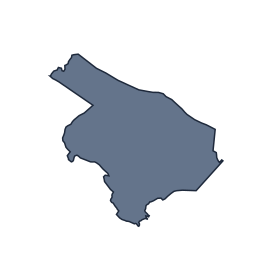 outline of Kota Setar, Kedah, Malaysia, rotated 140°
{"feature_id": "92858781B49320909792008", "entity_name": "Kota Setar", "entity_type": "district", "adm_level": 2, "iso_a3": "MYS", "parent_name": "Malaysia", "parent_adm1": "Kedah", "projection": "natural_earth1", "projection_center": [100.406, 6.1], "detail": "fine", "context": "isolated", "style": "filled", "palette": "slate", "viewbox_px": 256, "rotation_deg": 140, "n_neighbors": 0, "source": "geoboundaries", "source_scale": "gbopen_adm2", "svg_char_len": 2122}
<svg xmlns="http://www.w3.org/2000/svg" viewBox="0 0 256 256"><g transform="rotate(140 128 128)"><path d="M154.4,217.9L153.9,214.3L152.6,211.4L151.2,207.5L150.5,204.9L140.2,167.9L151.9,167.6L157.5,168.9L164.0,168.9L166.3,168.6L169.4,167.6L172.6,168.4L174.8,168.6L177.1,167.4L179.8,165.0L182.0,163.7L184.5,162.4L186.1,160.1L186.1,157.5L187.9,153.1L187.9,150.5L187.6,146.9L192.3,145.8L193.5,142.2L193.9,142.0L193.2,138.5L191.9,138.0L190.6,138.3L189.3,139.3L187.9,140.3L186.6,140.8L184.6,140.0L184.0,138.3L183.7,135.7L181.6,131.9L178.5,126.2L177.1,124.9L175.4,123.6L174.5,121.6L173.6,118.1L173.6,115.1L173.5,112.5L173.1,109.5L172.6,106.2L173.4,103.7L175.8,106.5L178.1,106.3L179.1,104.2L180.4,102.0L180.7,95.9L180.9,92.2L180.3,88.3L181.4,87.9L182.4,87.6L183.5,86.9L184.2,85.8L185.1,85.0L186.9,84.5L188.1,83.6L188.3,81.6L187.6,79.9L187.9,77.9L188.1,76.3L188.1,75.0L188.1,73.8L188.4,72.7L188.4,70.4L189.4,70.1L192.4,69.2L192.2,64.6L191.5,62.0L190.7,60.6L189.8,59.2L189.1,57.7L188.4,57.0L187.2,55.6L184.8,50.7L184.7,50.5L183.8,50.2L183.1,49.2L183.3,46.5L182.9,45.8L181.6,46.3L180.7,47.5L180.5,48.7L179.0,49.2L177.9,48.7L176.2,48.7L175.0,48.3L173.7,47.9L172.6,47.3L171.6,45.3L171.5,48.0L170.9,49.2L170.0,48.1L169.3,46.7L168.1,47.2L168.5,48.2L168.4,49.5L168.5,50.7L168.7,52.7L168.2,54.0L166.4,54.8L165.3,55.9L164.0,57.0L162.4,57.1L161.1,56.7L158.8,57.4L158.2,56.8L155.3,55.9L150.5,55.1L147.8,53.1L147.6,50.5L145.1,49.9L141.5,50.2L137.0,50.2L133.4,49.9L131.0,48.7L126.2,45.3L116.1,36.2L76.4,41.8L76.7,43.3L78.0,43.1L80.1,43.0L80.0,44.8L79.6,46.6L79.0,48.4L77.5,50.4L76.2,52.4L77.5,55.9L62.1,70.9L64.3,76.2L66.0,80.2L68.5,84.7L71.6,91.6L74.1,100.5L74.4,104.1L74.4,107.8L75.1,112.6L75.8,117.9L76.2,121.5L78.7,127.6L79.0,131.6L81.8,135.7L86.0,139.3L89.5,143.4L95.2,150.3L100.4,161.2L102.5,165.7L105.0,170.9L107.1,177.0L109.6,184.3L113.8,194.0L118.7,216.6L122.4,219.0L124.2,219.8L126.0,218.3L128.5,217.8L130.9,217.1L132.5,215.8L134.9,216.1L136.2,216.5L138.5,213.5L140.8,212.8L141.7,214.3L140.6,216.6L142.4,219.1L145.0,218.0L148.3,219.3L151.9,218.6L154.1,217.6L154.4,217.9Z" fill="#64748b" stroke="#1e293b" stroke-width="1.5"/></g></svg>